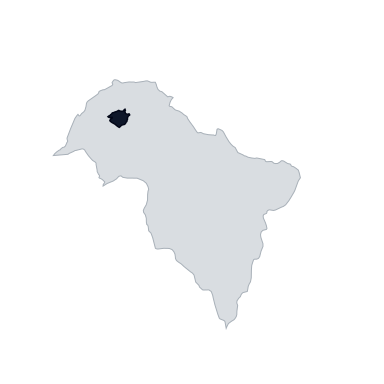 location of Baoro, Nana-Mambéré, Central African Republic, rotated 61°
{"feature_id": "33826404B60338684619617", "entity_name": "Baoro", "entity_type": "district", "adm_level": 2, "iso_a3": "CAF", "parent_name": "Central African Republic", "parent_adm1": "Nana-Mambéré", "projection": "robinson", "projection_center": [16.033, 5.49], "detail": "fine", "context": "in_parent", "style": "filled", "palette": "ink", "viewbox_px": 384, "rotation_deg": 61, "n_neighbors": 0, "source": "geoboundaries", "source_scale": "gbopen_adm2", "svg_char_len": 5146}
<svg xmlns="http://www.w3.org/2000/svg" viewBox="0 0 384 384"><g transform="rotate(61 192 192)"><path d="M257.2,143.2L260.2,144.1L260.8,145.1L259.9,148.6L260.5,150.8L262.3,152.6L264.0,153.4L265.7,153.9L271.6,155.0L274.0,156.3L277.3,160.4L281.3,164.1L282.3,166.1L282.1,167.9L281.0,170.1L281.1,171.0L283.0,173.1L285.2,175.4L289.1,177.9L295.8,181.8L298.9,184.4L300.0,186.3L301.7,188.5L304.1,190.4L305.8,191.9L304.7,196.2L305.0,197.6L305.6,198.8L307.0,200.5L307.6,202.7L309.0,205.4L310.7,206.6L313.5,207.1L315.0,208.3L318.0,210.5L321.0,212.3L322.3,213.6L323.0,214.7L323.7,216.1L324.1,217.4L324.2,220.3L324.7,223.9L326.3,226.3L327.8,228.2L321.7,226.1L320.8,226.0L319.8,226.4L316.6,229.0L315.6,229.3L311.6,228.7L302.0,226.7L294.6,224.7L292.4,224.0L288.4,223.4L285.8,224.7L283.4,229.3L282.7,230.2L278.8,231.5L277.0,231.2L272.6,232.4L265.7,230.5L263.2,230.9L261.3,231.9L256.4,233.9L253.4,235.1L249.9,236.2L246.6,237.9L244.4,238.8L242.2,238.7L240.2,237.8L238.0,237.0L235.5,236.8L232.8,237.3L230.5,239.1L229.6,240.5L227.6,243.9L225.3,249.6L224.4,250.7L223.5,251.3L212.8,248.5L208.1,247.8L205.0,248.7L201.1,247.1L199.4,246.8L198.6,247.3L196.4,246.6L192.8,244.7L189.4,243.9L186.4,244.2L184.5,243.5L183.0,241.6L181.0,238.2L177.5,234.8L172.8,232.1L169.9,230.0L168.7,228.6L166.2,227.9L162.3,227.7L158.6,229.1L153.3,233.3L148.3,242.1L145.6,245.4L143.4,246.3L142.8,248.4L143.9,251.7L144.2,255.6L143.4,262.1L143.7,266.9L142.5,266.1L141.4,263.9L140.9,263.4L137.6,264.4L135.9,265.4L135.0,266.2L134.3,266.4L133.3,265.2L132.4,264.9L131.2,265.2L129.8,265.1L129.0,265.0L128.4,265.1L126.9,264.4L121.3,262.5L120.3,261.9L119.2,262.0L116.2,263.6L114.7,264.0L110.0,265.0L105.1,265.5L103.1,265.5L101.8,266.2L101.0,267.2L99.4,273.3L99.0,274.3L99.1,275.8L98.7,280.7L98.9,282.2L92.9,295.6L91.9,293.3L91.3,290.7L91.0,287.7L91.2,287.0L90.8,286.1L90.3,283.6L90.8,282.1L90.4,280.4L89.2,278.8L88.2,277.6L87.6,276.4L87.1,276.0L85.9,275.8L84.3,275.2L77.7,267.4L70.8,258.6L69.4,255.7L68.8,254.1L70.5,253.9L70.9,253.6L71.0,252.9L69.9,250.6L69.4,247.7L68.6,246.0L65.9,243.3L63.3,241.3L62.5,240.2L62.0,238.7L61.0,229.2L60.6,226.5L59.8,225.3L59.2,224.8L59.0,224.1L59.1,222.4L59.4,220.9L59.4,220.3L60.1,219.0L60.1,210.2L59.3,209.0L57.7,209.0L56.9,207.7L56.2,206.1L56.4,205.0L57.9,203.2L58.9,202.5L61.8,201.1L62.7,200.4L63.2,199.5L63.5,198.3L65.2,193.8L67.8,189.3L68.9,188.4L71.4,181.8L72.0,180.1L72.5,178.4L73.3,177.0L76.1,174.8L78.2,170.9L80.5,171.1L82.8,171.7L85.8,172.0L88.2,171.2L89.7,169.7L97.0,167.1L97.5,165.0L98.6,163.9L100.0,162.9L100.4,162.8L100.5,163.5L101.4,165.6L103.0,167.8L105.5,170.2L106.1,170.1L107.7,168.3L111.5,167.1L112.4,166.6L115.1,164.0L118.3,162.3L120.2,161.7L123.5,159.9L125.8,160.2L129.6,159.9L135.8,159.1L140.3,158.8L142.6,158.5L143.2,158.1L144.1,155.6L144.8,154.9L146.5,153.8L149.8,149.9L151.9,146.7L152.6,145.5L153.0,145.3L154.0,144.0L153.0,142.6L149.3,139.7L149.4,139.3L149.2,138.8L149.4,138.4L150.8,137.3L152.7,135.9L154.7,135.4L160.1,135.5L164.6,135.3L165.7,135.3L169.2,134.7L171.6,134.0L174.1,132.7L179.7,132.8L184.4,129.3L185.7,128.7L186.3,128.1L186.5,127.6L188.7,126.2L191.2,123.3L193.1,120.7L193.6,118.9L198.9,112.7L200.8,112.8L201.7,112.1L203.7,107.9L204.4,107.2L206.6,106.4L207.6,105.2L208.5,103.4L208.5,101.1L208.1,99.3L208.1,98.4L208.6,97.6L209.4,96.8L213.4,94.6L214.4,93.5L215.1,92.6L216.2,92.4L217.4,92.5L218.2,91.9L219.1,90.9L221.8,89.5L224.4,88.4L227.1,88.9L232.1,90.3L233.6,93.2L234.3,94.2L240.4,101.2L241.6,102.9L244.6,108.0L246.5,111.4L248.6,116.3L248.9,119.0L248.6,121.3L248.2,127.7L247.7,129.6L245.0,133.1L244.9,134.7L245.4,136.0L246.3,136.5L246.8,137.2L246.5,140.2L247.4,141.4L249.4,142.2L254.5,142.7L257.2,143.2Z" fill="#d9dde1" stroke="#a8b0b8" stroke-width="1"/><path d="M85.4,229.0L86.3,228.6L86.8,228.1L87.4,227.2L87.7,226.4L87.8,225.9L88.0,225.6L88.5,225.7L88.7,226.0L88.8,226.2L88.7,227.2L88.8,227.9L89.3,228.7L89.7,229.2L90.4,229.2L90.7,229.1L91.4,228.8L92.6,228.2L95.1,226.6L98.4,225.3L100.2,224.3L100.0,223.1L99.7,222.1L99.5,221.7L99.4,221.4L99.8,219.3L100.0,218.9L100.1,218.4L100.1,218.0L100.0,217.7L99.9,217.2L99.7,216.8L99.0,215.8L98.9,215.6L98.8,215.3L98.8,214.9L98.6,214.7L98.0,214.2L97.3,213.5L97.1,213.1L96.7,212.9L96.0,212.7L95.4,211.9L94.9,211.2L94.7,210.9L94.6,210.6L94.6,210.2L94.6,209.8L94.5,209.5L94.5,209.3L94.3,209.1L93.8,209.1L93.4,209.1L93.1,209.2L93.0,209.8L92.7,210.8L92.0,211.5L91.2,212.0L90.8,212.0L90.4,212.0L90.1,211.9L89.9,211.8L89.6,211.7L89.3,211.7L89.0,211.7L88.8,211.6L88.5,211.1L88.2,210.6L87.9,210.6L87.1,210.5L87.2,211.5L87.4,211.8L87.6,211.9L87.7,212.0L87.9,212.1L87.8,212.5L87.8,212.8L87.8,213.1L87.7,213.4L87.7,213.5L87.5,214.2L87.3,214.4L87.1,214.6L87.0,214.9L86.8,215.0L86.6,215.2L86.5,215.4L86.3,215.8L85.8,216.1L85.5,216.2L85.2,216.5L85.0,216.8L85.0,217.1L85.1,217.3L85.1,217.5L85.1,218.0L85.1,218.3L85.1,218.5L85.0,219.1L84.7,220.6L84.6,221.0L84.7,221.4L84.7,221.6L84.6,221.9L84.5,222.1L84.4,222.4L84.4,222.6L84.3,223.0L84.2,223.3L84.3,223.6L84.4,223.8L84.6,224.0L84.7,224.4L84.8,224.6L84.8,224.8L84.9,225.0L84.9,225.7L85.0,225.9L85.1,226.1L85.2,226.4L85.2,226.7L85.3,227.0L85.2,227.3L85.2,227.6L85.2,227.8L85.3,228.6L85.4,229.0Z" fill="#0f172a" stroke="#020617" stroke-width="1.5"/></g></svg>